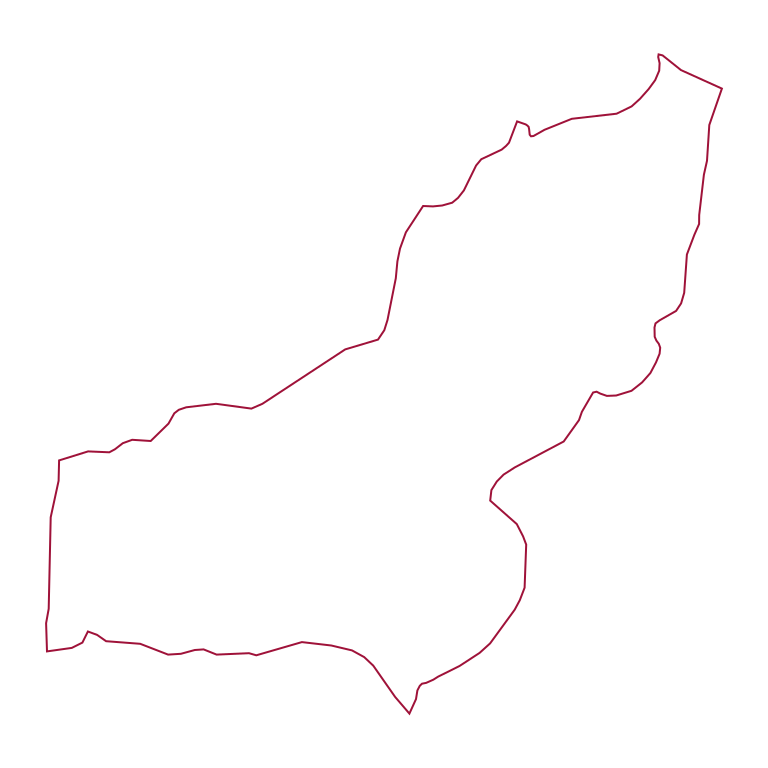 the border of Panjshir
{"feature_id": "AFG-1769", "entity_name": "Panjshir", "entity_type": "Province", "adm_level": 1, "iso_a3": "AFG", "parent_name": "Afghanistan", "parent_adm1": "", "projection": "natural_earth1", "projection_center": [69.851, 35.487], "detail": "fine", "context": "isolated", "style": "outline", "palette": "rose", "viewbox_px": 768, "rotation_deg": 0, "n_neighbors": 0, "source": "natural_earth", "source_scale": "10m", "svg_char_len": 1689}
<svg xmlns="http://www.w3.org/2000/svg" viewBox="0 0 768 768"><path d="M658.6,54.4L662.6,55.4L681.0,70.1L721.9,88.6L709.3,125.0L707.0,160.8L703.9,174.7L699.2,215.0L699.1,224.0L694.4,234.7L686.9,254.5L684.2,292.8L681.1,303.4L676.1,310.9L659.8,320.2L655.5,323.4L654.5,327.5L654.7,336.8L656.4,340.6L658.8,343.8L660.2,347.7L659.6,353.7L656.0,362.4L650.4,373.0L642.1,382.4L631.5,390.8L616.2,395.5L606.9,395.9L600.3,393.6L596.6,391.7L593.1,392.5L581.9,411.8L579.0,420.1L563.7,441.5L514.8,467.4L503.6,474.6L496.8,481.5L491.4,490.1L490.2,500.6L516.8,524.1L523.1,536.4L526.2,544.6L524.6,587.7L519.8,600.2L514.7,609.7L490.1,643.4L479.6,652.9L459.5,666.0L438.2,676.6L433.3,679.7L426.1,682.9L422.0,683.7L419.8,685.8L417.4,690.4L416.0,699.1L409.4,713.6L395.1,696.9L373.3,665.7L364.2,657.1L352.0,650.4L331.3,645.5L301.9,642.1L256.3,655.3L249.0,653.2L216.6,654.6L203.6,649.4L194.8,650.0L180.9,653.8L168.1,654.6L140.2,643.8L106.1,641.2L97.1,634.9L87.9,631.5L82.4,642.6L71.8,647.9L47.0,651.4L46.1,623.2L48.7,608.8L50.7,517.3L58.6,480.8L59.1,460.4L88.1,451.4L109.3,452.3L114.9,449.3L122.8,443.2L132.2,439.8L150.7,441.0L168.5,423.6L174.3,413.3L178.8,409.8L186.2,407.3L216.0,403.8L251.4,408.6L262.4,403.8L345.2,349.4L378.0,339.6L384.3,330.2L387.5,320.0L395.8,278.3L397.4,261.4L400.0,248.6L405.9,232.3L423.1,206.0L433.0,206.4L442.2,205.5L452.2,202.7L458.0,197.9L463.9,190.4L476.1,165.5L481.3,159.2L501.7,149.6L506.1,145.9L509.0,142.7L517.1,121.4L525.7,124.4L527.3,125.5L528.6,126.8L529.1,129.1L529.7,134.7L531.0,136.3L533.5,136.0L544.5,129.8L571.8,118.8L616.6,113.7L631.6,106.4L640.0,98.8L648.7,89.0L655.2,80.1L659.2,70.7L659.6,63.2L658.2,57.0L658.6,54.4Z" fill="none" stroke="#9f1239" stroke-width="2"/></svg>